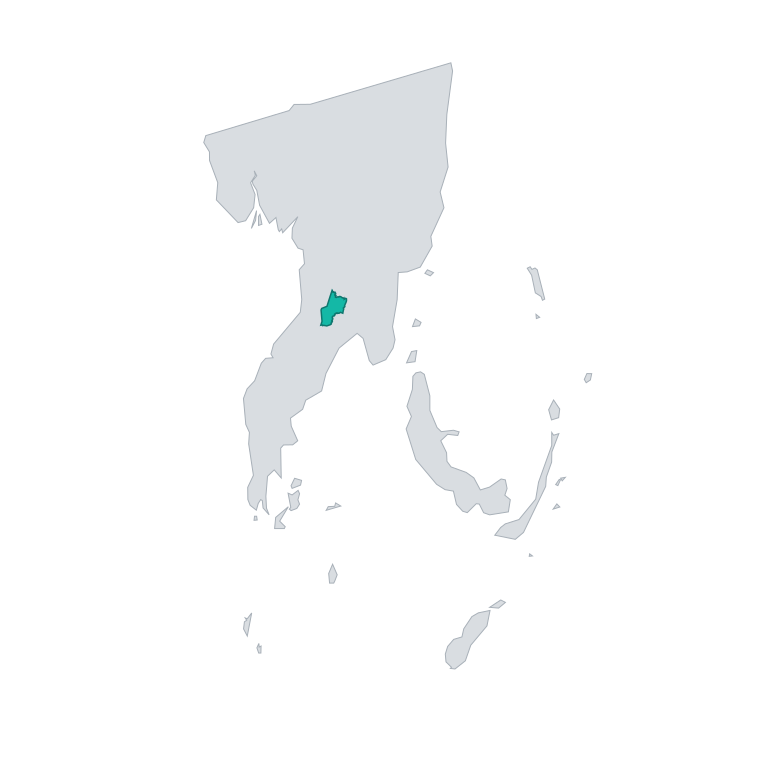 location of Menyamya District, Morobe, Papua New Guinea, rotated 74°
{"feature_id": "67681753B12937966801252", "entity_name": "Menyamya District", "entity_type": "district", "adm_level": 2, "iso_a3": "PNG", "parent_name": "Papua New Guinea", "parent_adm1": "Morobe", "projection": "orthographic", "projection_center": [146.094, -7.257], "detail": "fine", "context": "in_parent", "style": "filled", "palette": "teal", "viewbox_px": 768, "rotation_deg": 74, "n_neighbors": 0, "source": "geoboundaries", "source_scale": "gbopen_adm2", "svg_char_len": 6887}
<svg xmlns="http://www.w3.org/2000/svg" viewBox="0 0 768 768"><g transform="rotate(74 384 384)"><path d="M96.1,486.8L95.0,399.8L90.5,393.4L94.8,377.8L93.7,231.2L102.0,231.8L142.2,249.3L169.4,258.4L193.1,262.6L214.9,277.1L231.1,277.8L255.0,298.3L264.7,299.7L281.6,316.9L282.6,330.8L280.8,339.6L306.5,348.1L331.2,360.0L344.5,361.2L352.0,365.4L361.1,375.6L362.8,389.3L357.4,391.7L334.4,391.5L327.9,395.9L337.1,417.3L357.9,436.9L373.5,445.9L378.0,463.7L385.9,469.2L391.0,483.3L399.0,484.8L414.8,482.6L417.3,488.5L414.9,497.4L417.2,501.0L446.0,508.7L436.3,513.2L440.6,521.4L459.4,528.5L471.0,531.2L478.1,530.5L469.8,534.4L462.5,533.1L461.1,534.4L464.1,537.8L470.1,541.5L463.7,546.1L457.5,546.7L445.8,543.5L435.8,534.7L404.3,530.6L393.4,526.7L384.8,528.0L359.2,523.1L350.9,516.9L345.3,507.5L330.2,496.2L326.7,490.7L328.2,483.4L324.0,484.4L315.2,479.1L292.0,444.7L280.2,439.8L250.8,434.0L246.5,427.3L232.7,424.8L229.7,429.2L218.5,432.3L208.9,429.1L199.4,420.7L210.7,439.7L206.7,439.6L208.6,442.6L206.5,443.1L194.2,442.0L198.0,449.8L177.9,454.3L162.8,452.9L155.7,454.9L152.7,454.7L148.8,448.9L143.3,450.0L147.9,450.1L153.8,456.8L166.3,455.7L178.6,460.7L188.9,472.0L188.6,479.8L160.8,494.4L144.6,488.3L121.1,490.1L112.7,487.8L102.2,490.7L96.1,486.8ZM518.4,294.5L524.2,298.5L530.0,294.5L541.2,299.7L538.9,318.5L535.2,323.7L525.7,325.5L524.5,328.3L530.6,339.4L528.0,343.4L519.7,347.5L506.1,346.8L502.4,354.4L494.9,361.1L465.3,374.3L433.3,375.1L422.8,366.6L411.8,368.1L397.0,358.2L384.6,354.1L382.1,350.3L382.4,345.5L385.8,342.6L408.0,343.2L422.0,347.2L440.5,345.0L445.6,342.1L447.6,330.0L450.7,325.0L453.8,327.3L449.9,336.7L454.2,345.1L467.3,342.8L475.7,344.8L482.2,342.4L491.6,329.4L499.0,323.5L512.4,320.6L512.2,310.9L507.6,297.6L509.6,293.8L518.4,294.5ZM677.5,394.3L675.7,398.6L674.9,397.2L668.2,401.0L660.5,399.5L653.8,395.1L648.7,387.4L648.6,378.8L641.3,374.8L631.8,363.6L630.0,356.4L630.9,344.5L644.9,351.7L659.0,372.6L672.5,382.1L677.5,394.3ZM569.5,300.6L559.9,319.2L554.1,311.4L551.9,306.0L551.5,291.6L536.5,269.9L521.0,262.5L489.3,239.7L476.8,236.1L480.0,235.1L479.9,229.6L495.6,241.4L505.3,244.4L518.2,253.6L527.0,256.8L565.1,290.8L569.5,300.6ZM316.5,205.2L346.7,206.1L347.2,208.6L343.2,208.9L338.1,213.4L320.1,212.1L312.2,214.4L311.6,211.2L314.6,210.2L314.1,206.9L316.5,205.2ZM466.2,495.4L471.6,498.7L476.2,498.3L479.6,502.1L480.1,508.2L478.2,509.5L476.9,507.6L462.5,506.3L465.3,502.9L462.6,495.9L466.2,495.4ZM464.7,232.9L454.1,232.8L446.1,225.4L456.5,222.0L464.5,225.4L464.7,232.9ZM487.1,522.1L493.9,518.3L495.5,519.7L492.8,529.0L482.4,524.9L475.6,509.8L487.1,522.1ZM543.1,483.1L554.5,481.6L559.9,485.7L561.5,487.2L560.4,491.2L550.9,489.4L543.1,483.1ZM567.6,574.3L588.6,584.9L580.7,586.5L574.1,583.7L573.3,581.1L570.6,581.9L572.0,580.2L567.6,574.3ZM369.9,356.5L360.4,348.6L360.9,343.3L371.1,348.0L369.9,356.5ZM459.0,501.1L456.2,501.4L450.0,495.9L453.9,489.8L458.2,492.1L459.0,501.1ZM627.8,344.0L623.8,331.3L627.4,327.5L631.0,335.6L627.8,344.0ZM336.7,340.8L330.1,335.9L335.0,331.4L337.9,333.8L336.7,340.8ZM438.5,189.3L434.8,190.2L429.9,186.1L431.3,181.5L437.0,184.5L438.5,189.3ZM292.8,309.7L288.9,314.2L286.2,310.8L290.6,305.7L292.8,309.7ZM489.4,459.2L489.5,474.4L486.5,471.4L488.0,465.1L485.0,463.3L489.4,459.2ZM191.4,462.4L197.9,468.6L182.2,458.7L191.4,462.4ZM197.0,460.9L188.4,458.4L186.7,456.5L196.8,457.3L197.0,460.9ZM608.7,576.5L608.1,578.6L602.6,578.9L598.9,575.8L602.5,576.5L602.0,574.4L608.7,576.5ZM550.7,248.9L550.9,255.9L546.9,250.9L550.7,248.9ZM529.6,244.9L528.0,246.7L524.0,241.8L524.8,240.8L529.6,244.9ZM479.8,543.4L479.2,546.5L475.4,544.9L476.0,542.9L479.8,543.4ZM526.2,239.4L523.2,240.2L523.7,235.4L526.2,239.4ZM362.8,216.0L363.1,219.5L358.9,218.7L362.8,216.0ZM590.2,288.7L589.7,291.9L587.4,290.8L590.2,288.7Z" fill="#d9dde1" stroke="#a8b0b8" stroke-width="1"/><path d="M302.4,403.0L300.9,402.1L300.6,402.1L300.4,402.0L300.2,402.1L299.9,402.2L299.7,402.1L299.5,401.8L299.4,401.7L299.3,401.3L299.3,401.2L299.2,400.9L299.1,400.6L298.9,400.4L298.8,400.5L298.6,400.4L298.4,400.4L298.1,400.4L296.5,399.3L295.4,398.3L294.3,397.5L293.8,397.2L293.3,397.0L291.7,396.6L291.5,396.8L291.4,396.9L291.3,397.0L291.3,397.3L291.1,397.4L291.0,397.5L291.0,397.8L291.0,398.0L291.1,398.3L291.2,398.5L291.0,398.4L291.0,398.5L290.9,398.6L290.8,398.8L290.7,398.8L290.8,398.9L290.7,399.0L290.8,399.0L290.7,399.1L290.4,399.2L290.4,399.3L290.2,399.3L290.2,399.5L290.0,399.8L289.9,399.9L289.7,400.0L289.5,400.3L289.4,400.4L289.4,400.6L289.2,400.7L289.1,400.8L288.9,400.9L288.7,401.0L288.4,401.3L288.3,401.5L288.1,401.6L288.0,401.8L287.9,401.9L287.9,402.0L287.6,402.6L287.7,402.9L287.7,403.0L287.8,403.2L287.9,403.3L287.8,403.5L287.8,403.8L287.7,403.8L287.7,404.0L287.5,404.3L287.5,404.5L287.5,404.8L287.5,405.0L287.5,405.3L287.5,405.5L287.6,405.8L287.4,405.9L287.4,406.0L287.5,406.3L287.4,406.5L287.2,406.7L287.0,406.8L286.8,406.6L286.7,406.5L286.7,406.4L286.4,406.3L286.2,406.3L286.0,406.2L285.9,406.1L285.7,405.9L285.6,406.1L285.5,406.4L285.4,406.4L285.3,406.5L285.2,406.7L284.9,406.7L284.7,406.6L284.4,406.5L284.4,406.4L284.2,406.2L284.3,406.2L284.2,406.1L284.1,405.9L284.0,405.7L283.9,405.7L283.7,405.5L283.4,405.5L283.2,405.6L283.0,405.8L282.9,405.7L282.7,405.7L282.4,405.8L282.5,405.9L282.5,406.0L282.4,406.1L282.3,406.3L282.2,406.5L282.1,406.8L282.0,407.0L281.9,407.1L281.9,407.3L281.6,407.3L281.4,407.3L281.3,407.6L281.3,407.8L281.2,407.8L280.9,407.9L280.5,407.9L280.3,407.9L280.1,407.9L279.9,407.9L279.6,408.0L285.0,411.7L293.6,417.4L294.2,423.1L295.5,424.1L306.7,426.3L310.0,428.5L310.0,428.4L309.9,428.2L310.0,428.1L310.2,427.7L310.3,427.6L310.2,427.6L310.3,427.5L310.3,427.4L310.2,427.2L310.3,427.1L310.5,426.9L310.6,426.7L310.8,426.4L310.9,426.2L311.0,426.1L311.1,425.9L311.2,425.7L311.3,425.4L311.2,425.3L312.4,423.0L312.2,419.2L312.0,418.9L311.9,418.7L311.9,418.3L311.8,418.2L311.6,418.2L311.3,418.1L311.2,418.0L311.0,417.9L310.9,417.9L310.7,417.8L310.8,417.7L310.7,417.4L310.6,417.2L310.4,417.1L310.1,417.0L310.0,416.9L309.7,416.9L309.7,416.6L309.6,416.4L309.4,416.4L309.3,416.5L309.1,416.5L308.9,416.5L308.8,416.4L308.6,416.6L308.2,416.2L308.1,415.9L307.5,415.6L307.4,415.3L307.3,415.2L307.1,415.3L306.9,415.4L306.7,415.5L306.3,415.5L306.1,415.3L305.9,415.4L305.6,415.3L305.4,415.3L305.3,415.2L305.2,415.0L305.0,414.9L305.0,414.7L304.9,414.4L304.7,414.3L304.6,414.1L304.6,413.7L304.7,413.3L304.8,413.2L304.7,412.9L304.6,412.7L304.3,412.6L304.2,412.5L304.2,412.4L303.9,412.3L303.9,412.2L303.6,412.1L303.4,412.3L303.2,412.2L303.2,411.9L303.3,411.7L303.3,411.4L303.2,411.2L302.9,410.9L302.8,410.7L302.7,410.6L302.6,410.4L302.8,410.3L302.9,410.2L303.0,410.1L303.1,409.9L303.0,409.7L302.9,409.4L303.0,409.3L303.2,409.2L303.3,409.2L303.3,408.8L303.2,408.7L303.3,408.6L303.4,408.4L303.4,408.1L303.5,408.0L303.5,407.9L303.6,407.7L303.5,407.4L303.4,407.1L303.4,406.9L303.2,406.6L303.2,406.3L303.1,406.1L304.6,404.1L302.4,403.0Z" fill="#14b8a6" stroke="#0f766e" stroke-width="1.5"/></g></svg>